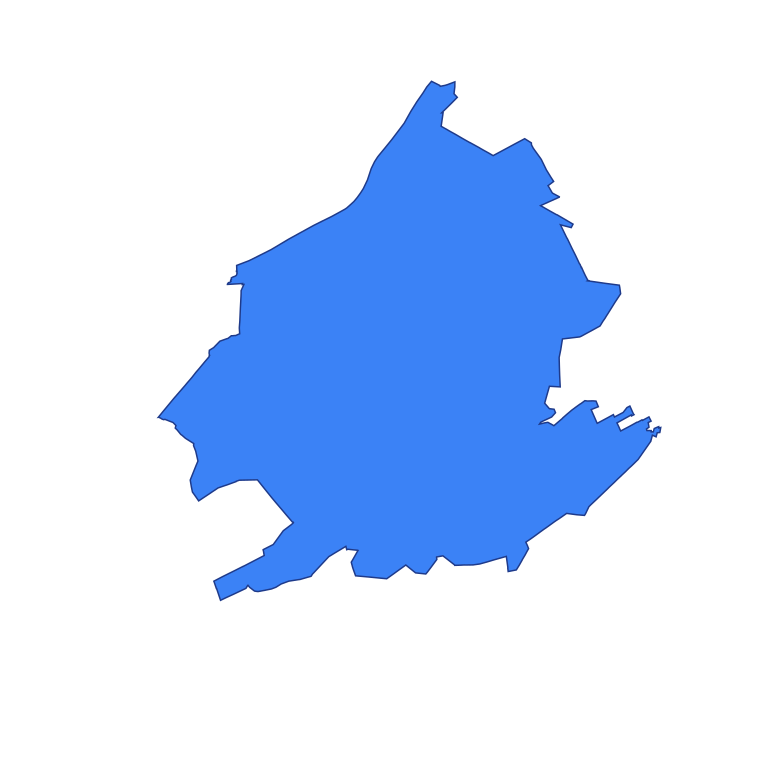 outline of Skrīveru pag., Skriveru, Latvia, rotated 147°
{"feature_id": "27541924B66857212863076", "entity_name": "Skrīveru pag.", "entity_type": "district", "adm_level": 2, "iso_a3": "LVA", "parent_name": "Latvia", "parent_adm1": "Skriveru", "projection": "natural_earth1", "projection_center": [25.099, 56.672], "detail": "fine", "context": "isolated", "style": "filled", "palette": "blue", "viewbox_px": 768, "rotation_deg": 147, "n_neighbors": 0, "source": "geoboundaries", "source_scale": "gbopen_adm2", "svg_char_len": 6027}
<svg xmlns="http://www.w3.org/2000/svg" viewBox="0 0 768 768"><g transform="rotate(147 384 384)"><path d="M443.0,563.7L445.5,559.6L445.6,559.2L445.9,559.1L446.3,559.1L446.5,558.6L446.1,558.3L446.1,558.0L446.4,557.8L446.7,557.4L447.1,556.9L447.1,556.6L447.8,556.2L448.1,555.8L448.8,555.5L449.4,555.5L450.2,555.5L450.6,555.6L451.0,555.7L451.4,555.8L452.9,556.1L454.3,556.1L454.6,555.7L454.7,555.4L454.9,554.9L455.2,554.7L455.5,554.8L455.9,554.7L456.1,554.6L456.4,554.1L456.4,553.8L456.6,553.6L456.6,553.4L456.8,553.4L457.0,553.3L457.5,553.3L457.8,553.3L458.2,553.3L458.9,553.6L459.1,553.7L459.3,553.7L460.1,553.4L460.8,553.1L461.0,553.0L461.1,552.8L447.9,545.3L448.7,544.6L447.3,543.8L453.0,540.1L454.3,538.1L456.4,535.1L463.3,525.6L469.5,516.9L470.4,515.6L474.4,510.4L475.0,509.5L477.7,504.7L479.1,505.0L481.9,505.4L483.2,506.2L484.3,506.7L485.7,507.6L486.4,507.6L486.6,507.5L488.2,507.4L489.8,507.2L491.6,507.7L498.3,509.3L507.1,507.3L512.1,507.4L513.7,505.4L514.2,504.5L514.7,503.0L515.0,503.1L515.9,502.1L522.0,500.3L531.0,497.5L535.5,496.2L541.3,494.2L541.6,494.1L548.8,492.0L551.3,491.2L568.0,486.4L584.9,481.1L591.4,479.0L591.2,478.9L590.8,478.4L589.9,476.9L589.3,475.5L588.3,474.2L588.0,474.0L587.8,473.9L587.0,473.7L581.9,466.6L581.1,462.5L582.6,461.2L582.9,460.9L583.1,460.7L583.0,460.2L582.9,459.9L582.5,458.1L581.9,452.4L581.3,450.9L580.1,446.6L576.0,437.7L577.3,436.0L578.5,430.2L579.3,428.0L582.0,420.7L586.3,417.8L598.8,409.0L601.6,402.6L603.5,397.7L603.2,390.5L603.1,386.9L579.7,387.2L574.1,385.8L570.3,384.8L561.2,382.7L561.0,382.9L557.7,382.1L542.4,372.6L542.3,372.2L541.2,360.8L540.1,350.1L539.3,343.4L538.7,338.9L537.9,332.7L537.3,327.7L536.0,318.2L535.9,318.1L535.5,317.8L535.5,317.0L537.2,316.7L538.5,316.5L538.9,316.5L548.4,315.8L564.3,309.7L575.6,310.9L575.8,310.7L575.9,310.0L577.3,306.8L577.7,305.9L577.9,305.4L601.5,307.7L601.5,307.8L609.8,308.7L624.5,310.4L634.1,311.3L634.4,310.0L636.0,303.7L635.8,303.6L638.9,291.6L632.6,290.8L625.2,289.7L611.1,287.8L608.0,289.3L607.7,289.3L607.4,286.6L605.4,280.9L603.3,279.0L602.4,278.4L600.7,277.7L598.0,276.6L596.4,275.9L595.8,275.7L590.0,273.4L585.3,272.4L579.2,272.3L571.2,270.5L562.5,266.6L561.1,265.9L560.6,265.7L559.2,265.3L552.6,263.3L550.8,262.7L550.4,262.6L550.0,262.5L549.8,262.5L549.6,262.5L547.7,263.5L545.9,263.9L524.2,269.3L522.4,269.2L517.8,269.1L504.4,268.6L505.5,265.3L504.3,265.1L498.9,260.7L496.5,258.8L496.4,258.6L496.6,258.5L503.5,254.9L506.4,253.4L508.5,252.4L509.2,250.3L509.6,249.0L509.9,248.2L510.3,246.9L510.8,244.9L512.3,238.6L501.6,230.2L487.8,219.2L480.6,219.5L470.8,220.0L464.3,220.3L460.4,208.4L452.4,201.9L449.8,202.7L444.0,204.8L435.2,208.1L434.4,209.9L434.1,210.3L428.2,207.8L427.2,205.0L423.2,193.4L423.3,193.3L420.7,191.7L415.4,188.6L412.7,186.8L411.3,186.0L410.8,185.6L410.6,185.5L407.7,183.7L407.0,183.4L401.7,180.9L400.4,180.5L394.4,178.6L387.5,176.6L375.3,172.8L380.1,162.6L380.4,162.3L382.0,159.1L374.3,156.0L369.2,158.4L364.4,160.9L363.4,161.5L358.5,163.9L356.0,165.3L352.4,167.2L351.7,170.5L351.2,174.1L343.1,174.3L334.2,174.8L328.4,175.1L326.8,175.1L324.9,175.2L324.6,175.2L316.9,175.6L314.4,175.7L310.6,175.7L301.3,176.0L293.6,169.4L287.4,164.6L286.8,164.9L285.5,165.5L279.0,169.5L276.2,170.1L267.3,171.7L266.4,171.9L253.7,174.3L251.5,174.8L244.7,176.0L239.9,177.0L234.4,178.0L228.9,179.0L224.8,179.9L221.0,180.5L212.0,182.3L191.8,190.5L191.5,190.8L191.4,190.7L186.8,194.9L184.6,191.5L181.4,194.3L179.1,193.1L178.2,194.0L175.6,196.8L177.5,197.4L176.8,198.6L177.6,198.8L181.6,199.5L184.2,197.2L186.0,198.4L185.3,199.4L188.9,201.8L188.4,203.3L185.3,203.4L183.4,207.8L180.2,207.4L179.7,212.1L187.0,212.7L187.1,213.4L191.9,213.8L192.7,214.2L197.2,214.5L201.4,214.8L211.1,215.7L211.1,215.8L210.9,216.8L210.8,217.9L210.6,218.7L210.3,220.7L209.8,224.5L193.5,223.4L193.8,222.4L191.0,222.1L191.1,223.2L189.8,231.6L193.1,231.9L198.9,229.9L208.7,230.8L208.3,233.4L213.3,233.8L213.5,233.8L226.6,234.9L226.6,235.0L226.3,237.0L224.2,249.7L216.6,248.2L215.5,254.2L218.0,256.1L222.6,258.9L224.6,260.6L229.7,260.3L230.5,260.4L232.3,260.3L236.5,260.1L237.5,260.0L239.4,259.9L241.0,259.8L243.1,259.5L247.1,259.0L252.6,258.2L253.0,258.0L264.2,256.5L265.9,259.8L266.3,260.4L267.3,262.4L267.6,262.7L270.7,264.0L272.4,264.6L275.4,265.7L273.3,266.6L273.0,266.6L270.7,266.3L261.4,265.0L255.8,266.5L255.1,270.2L258.6,273.1L258.8,273.6L259.7,280.4L252.2,287.0L246.5,292.0L237.8,285.6L231.9,295.7L227.3,303.3L222.7,310.8L217.2,316.4L209.8,324.6L194.2,316.9L192.3,316.6L171.2,315.0L166.4,317.3L162.7,318.8L160.5,319.9L158.9,320.6L150.9,324.3L146.0,326.6L136.4,330.8L133.7,336.5L132.8,338.7L143.6,347.9L157.1,359.7L156.5,359.7L156.6,359.8L156.1,365.2L155.5,369.7L154.8,374.2L155.1,374.2L154.4,377.7L154.5,378.0L154.6,378.5L154.5,379.0L154.2,381.0L153.3,387.7L152.4,395.8L151.1,405.8L151.1,406.5L151.0,407.9L149.3,421.4L148.6,420.6L141.8,413.2L138.4,415.1L146.6,431.5L147.5,432.7L147.7,433.2L150.4,438.3L153.6,444.5L153.9,445.2L155.6,448.3L154.5,448.2L135.8,445.3L135.3,445.2L135.0,445.5L135.4,446.3L136.3,447.9L138.6,452.1L138.8,452.8L138.5,458.1L138.4,461.0L137.8,461.0L131.4,461.5L131.4,465.6L131.4,467.0L131.2,475.1L129.8,486.4L129.8,487.9L130.2,496.0L130.3,497.8L130.4,501.0L130.3,501.4L130.1,504.1L129.1,506.0L132.4,513.1L143.8,514.1L151.2,514.7L168.1,516.1L170.2,520.3L173.3,526.1L175.0,529.4L175.3,530.1L178.3,535.7L180.4,539.6L180.5,539.6L184.5,547.3L186.4,551.1L187.1,552.5L187.5,553.3L191.0,559.9L192.2,562.3L194.7,567.1L195.7,569.0L190.9,574.5L188.1,577.7L187.2,578.8L186.8,579.2L188.0,580.0L180.9,581.4L172.7,583.1L166.4,584.5L167.2,589.3L162.8,594.6L160.0,598.8L167.7,600.5L170.1,601.2L173.1,602.4L174.7,603.0L174.6,604.0L179.3,612.0L186.4,609.8L192.9,606.8L202.8,602.8L212.9,598.1L225.1,591.7L244.5,584.7L254.4,581.5L263.6,578.6L265.9,577.8L270.8,575.6L277.3,571.7L286.8,564.1L294.8,559.2L299.4,557.1L304.8,555.0L310.0,553.4L316.2,552.4L319.6,551.9L321.8,551.9L327.6,552.3L336.7,553.0L347.6,554.3L356.5,555.3L372.7,556.5L385.1,557.4L405.7,558.2L429.9,560.9L443.0,563.7Z" fill="#3b82f6" stroke="#1e3a8a" stroke-width="1.5"/></g></svg>